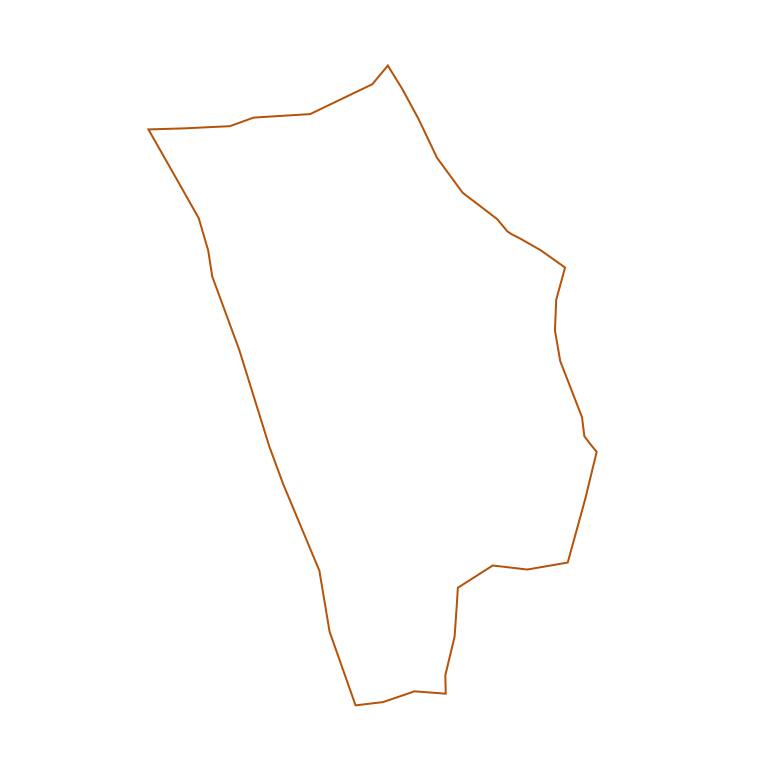 Abdi, Ouaddaï, Chad, rotated 263°
{"feature_id": "50815135B4539380481876", "entity_name": "Abdi", "entity_type": "district", "adm_level": 2, "iso_a3": "TCD", "parent_name": "Chad", "parent_adm1": "Ouaddaï", "projection": "albers", "projection_center": [21.197, 12.922], "detail": "fine", "context": "isolated", "style": "outline", "palette": "amber", "viewbox_px": 768, "rotation_deg": 263, "n_neighbors": 0, "source": "geoboundaries", "source_scale": "gbopen_adm2", "svg_char_len": 768}
<svg xmlns="http://www.w3.org/2000/svg" viewBox="0 0 768 768"><g transform="rotate(263 384 384)"><path d="M68.5,316.7L68.4,344.2L75.2,376.5L75.3,376.6L69.2,407.0L69.1,407.5L74.6,408.1L87.5,409.4L124.7,423.3L153.6,428.9L172.8,432.5L190.6,469.8L182.4,503.5L184.4,544.6L246.3,570.1L290.7,586.8L299.3,581.4L307.7,576.5L326.8,576.5L385.3,561.7L416.3,560.2L446.6,565.2L477.5,577.9L497.5,556.0L511.6,537.1L517.3,528.7L520.5,525.0L533.9,516.4L564.2,485.4L602.0,464.2L642.5,450.7L674.8,438.0L699.6,426.6L699.3,426.3L683.0,409.0L660.9,343.5L664.3,287.0L658.7,262.4L662.1,216.5L665.4,181.2L622.9,198.9L571.2,220.3L537.8,225.8L511.7,226.6L435.4,244.5L335.8,262.6L296.7,271.8L206.6,297.1L144.8,299.8L68.6,316.6L68.5,316.7Z" fill="none" stroke="#b45309" stroke-width="2"/></g></svg>